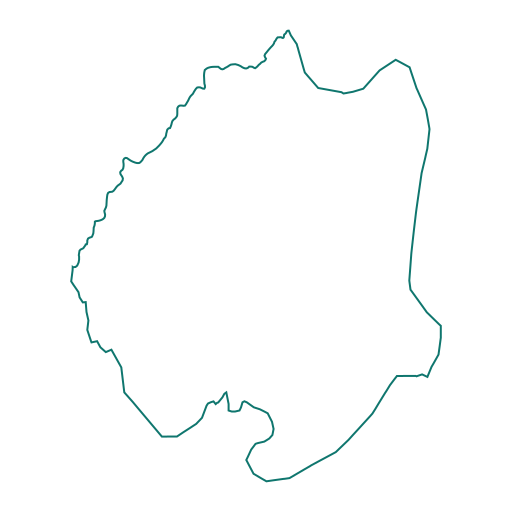 the district of Al Haymah Ad Dakhiliyah, Sana'a, Yemen
{"feature_id": "15242507B54725687699919", "entity_name": "Al Haymah Ad Dakhiliyah", "entity_type": "district", "adm_level": 2, "iso_a3": "YEM", "parent_name": "Yemen", "parent_adm1": "Sana'a", "projection": "equal_earth", "projection_center": [43.819, 15.276], "detail": "fine", "context": "isolated", "style": "outline", "palette": "teal", "viewbox_px": 512, "rotation_deg": 0, "n_neighbors": 0, "source": "geoboundaries", "source_scale": "gbopen_adm2", "svg_char_len": 5137}
<svg xmlns="http://www.w3.org/2000/svg" viewBox="0 0 512 512"><path d="M288.8,30.7L287.9,30.7L286.9,31.2L286.5,31.7L286.3,32.5L285.4,33.7L284.2,34.6L283.7,37.4L282.9,38.0L282.2,37.8L280.9,37.2L279.1,37.3L277.6,37.4L276.6,38.6L275.5,40.6L274.5,41.7L274.0,43.3L273.2,44.7L272.1,46.0L271.0,47.1L269.4,48.9L268.2,50.3L267.1,51.7L266.1,52.9L265.1,54.1L264.5,55.7L265.1,57.3L266.0,58.7L265.3,60.2L264.1,61.3L262.7,61.8L261.2,62.6L260.0,63.9L258.8,64.8L257.5,66.3L256.3,67.4L255.1,68.2L253.8,67.7L252.6,66.9L252.4,66.8L250.9,66.6L249.2,66.6L248.8,67.0L248.1,67.7L246.6,68.4L245.4,68.4L245.1,68.4L243.6,67.9L242.2,67.2L240.9,66.3L239.5,65.6L238.2,65.0L237.8,64.9L236.8,64.6L235.3,64.2L233.9,64.3L232.4,64.4L230.6,64.7L229.3,65.5L228.1,66.3L227.6,66.6L227.4,67.2L227.4,66.8L226.6,67.2L225.2,67.9L223.6,69.0L222.3,69.3L222.2,69.3L220.9,68.9L219.6,67.9L218.3,66.8L217.0,66.8L215.3,66.8L213.8,66.8L213.0,66.9L212.3,66.9L210.8,67.1L210.3,67.2L209.5,67.4L208.1,67.8L206.7,68.5L205.2,69.7L204.8,70.0L204.3,72.3L204.1,74.0L204.0,75.8L204.1,77.5L204.2,79.6L204.3,81.9L204.4,83.7L204.9,85.4L205.0,87.2L204.3,88.7L203.9,88.7L202.9,88.6L201.5,88.0L200.2,87.4L198.7,87.3L197.2,87.5L195.9,88.8L194.7,90.6L193.8,92.1L192.9,93.8L191.7,95.0L190.7,96.0L189.7,97.4L188.8,99.2L188.1,100.7L186.9,102.7L186.1,104.1L185.0,105.6L183.6,105.8L182.1,105.6L180.8,105.5L179.4,105.7L178.2,106.6L177.3,108.2L177.3,110.1L177.3,112.1L177.3,114.0L177.1,115.8L176.4,117.0L176.2,117.3L174.9,118.7L173.6,119.6L172.3,121.2L171.8,122.8L171.4,124.5L170.8,126.3L170.5,127.0L170.0,128.1L168.6,128.3L167.3,129.6L166.8,131.4L166.7,132.0L166.3,133.4L166.0,135.5L165.3,137.3L164.8,137.8L163.9,138.7L163.1,140.3L162.2,141.8L161.0,143.4L160.9,143.5L159.8,144.8L159.1,145.6L158.6,146.1L157.5,147.2L156.2,148.5L154.9,149.4L154.7,149.5L153.4,150.4L152.7,150.9L152.0,151.3L150.6,152.0L149.4,152.6L148.1,153.2L146.7,154.2L145.4,155.4L144.3,156.7L143.2,158.4L142.4,160.0L141.0,161.6L139.5,162.9L138.1,163.1L136.8,163.0L135.2,162.6L133.9,162.1L132.6,161.6L131.0,160.8L129.7,160.0L128.3,159.0L126.8,158.0L125.4,157.9L124.2,158.6L123.3,160.1L123.3,161.9L123.6,163.9L123.6,166.0L123.2,168.4L122.4,169.9L121.2,170.7L120.2,172.2L120.4,173.9L121.2,175.2L122.1,176.5L122.9,178.4L122.6,180.4L121.5,182.0L120.5,183.6L119.3,184.5L117.9,185.5L116.7,186.7L115.8,187.9L114.8,189.3L113.6,190.8L112.3,191.7L110.9,191.9L109.6,192.0L108.2,192.8L107.4,194.5L107.2,195.7L107.1,196.4L106.9,198.2L106.7,200.2L106.6,202.2L106.5,203.9L106.4,205.7L105.9,207.5L105.1,209.1L104.3,210.9L104.6,212.6L105.1,214.4L105.0,216.3L104.3,217.9L103.1,219.0L101.7,219.8L100.1,220.4L98.6,220.8L97.2,221.0L95.7,221.2L94.9,221.6L94.8,223.9L94.5,225.5L93.7,227.7L93.7,227.8L93.6,229.9L93.5,231.6L93.3,233.4L92.7,235.0L92.0,236.7L90.8,237.3L89.4,237.7L88.0,238.6L87.3,240.5L87.3,242.3L86.9,244.2L85.7,244.4L85.4,245.3L84.2,246.9L83.4,248.1L82.8,248.5L80.5,249.6L79.5,250.8L78.8,255.2L79.1,256.5L79.1,259.6L78.6,262.5L77.2,265.6L75.5,267.0L74.0,267.1L72.8,267.3L72.7,267.2L72.6,270.1L72.4,271.8L71.2,281.4L73.7,285.2L76.2,288.8L78.5,292.2L79.6,297.4L82.8,302.4L85.7,302.1L86.5,312.0L88.4,320.5L87.3,329.9L91.1,341.4L91.5,342.4L97.1,341.2L100.4,347.3L105.8,352.1L111.4,349.7L121.3,367.4L124.2,391.7L124.3,392.0L124.3,392.4L132.8,402.0L138.4,408.7L159.2,433.4L161.9,436.6L176.9,436.5L177.0,436.5L183.4,432.2L190.4,427.7L192.5,426.3L196.2,423.9L202.0,417.8L204.3,411.7L206.6,405.6L208.0,403.5L210.9,402.2L213.5,401.4L215.7,404.1L217.1,402.8L218.2,402.5L222.4,397.4L224.3,393.9L225.3,393.1L226.3,392.4L227.4,397.9L228.6,404.0L228.6,410.5L229.7,410.9L231.7,411.5L235.2,411.5L239.5,410.5L241.0,407.4L242.5,402.3L244.4,401.3L246.8,402.3L247.9,403.1L253.8,407.3L255.6,407.9L258.4,408.8L259.9,409.3L264.5,411.6L267.7,413.3L272.0,421.8L273.3,427.7L273.5,428.7L273.6,428.9L272.4,435.0L269.3,438.5L268.2,439.2L264.3,441.6L257.8,443.1L256.2,443.6L255.5,443.9L251.2,449.6L248.0,456.5L246.3,460.0L253.4,473.5L253.6,473.8L261.9,478.7L265.4,480.7L266.4,481.3L273.3,480.3L283.5,478.9L284.7,478.8L289.5,478.1L304.0,469.6L310.4,465.9L311.1,465.4L318.7,461.3L324.1,458.4L330.8,454.8L335.8,452.1L338.2,449.8L338.9,449.1L348.5,439.9L353.0,434.9L357.6,429.9L362.7,424.3L370.1,416.2L372.4,413.6L375.3,409.0L378.6,403.5L385.3,392.6L386.0,391.6L390.0,385.1L394.6,379.0L396.4,376.7L396.9,376.0L397.1,376.0L415.4,375.9L416.2,376.1L416.6,376.3L416.8,376.2L422.1,374.4L427.4,376.9L431.6,366.7L433.5,363.5L438.5,354.6L439.7,346.0L440.7,338.4L440.8,337.9L440.8,334.7L440.8,325.8L438.7,323.9L426.8,312.3L420.8,303.9L420.0,302.8L411.4,290.9L410.5,289.7L409.3,280.6L410.0,271.3L411.3,253.8L411.5,251.8L413.2,236.5L414.0,229.4L416.0,212.5L416.6,208.0L416.7,207.4L417.4,202.4L419.5,187.8L420.0,184.3L421.6,173.1L425.2,158.0L425.9,154.8L427.3,148.8L429.5,129.2L429.3,127.8L427.8,119.2L426.0,109.5L423.8,104.6L417.2,89.6L416.6,88.4L411.2,72.2L409.6,67.3L400.4,62.3L395.7,59.8L379.9,70.2L379.5,70.5L363.3,88.7L352.9,91.8L347.9,92.7L346.0,93.1L345.1,93.2L343.6,93.5L343.3,93.4L341.5,92.2L318.2,88.0L307.8,76.0L304.8,72.5L303.7,68.8L298.5,50.4L297.8,47.7L297.7,47.5L297.3,46.2L296.8,44.3L296.8,44.2L291.0,35.6L290.9,35.5L288.8,30.7Z" fill="none" stroke="#0f766e" stroke-width="2"/></svg>